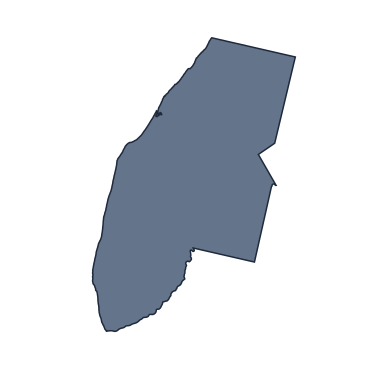 outline of Adolfo Alsina, Río Negro, Argentina, rotated 103°
{"feature_id": "61730980B95988601788876", "entity_name": "Adolfo Alsina", "entity_type": "district", "adm_level": 2, "iso_a3": "ARG", "parent_name": "Argentina", "parent_adm1": "Río Negro", "projection": "robinson", "projection_center": [-63.547, -40.776], "detail": "fine", "context": "isolated", "style": "filled", "palette": "slate", "viewbox_px": 384, "rotation_deg": 103, "n_neighbors": 0, "source": "geoboundaries", "source_scale": "gbopen_adm2", "svg_char_len": 6048}
<svg xmlns="http://www.w3.org/2000/svg" viewBox="0 0 384 384"><g transform="rotate(103 192 192)"><path d="M37.2,121.7L37.3,207.4L37.5,207.5L38.1,207.9L40.9,208.8L41.2,209.1L42.4,209.2L46.5,210.2L47.5,210.4L49.4,211.1L50.7,212.0L51.3,212.5L51.8,212.8L52.2,212.9L53.0,213.2L53.4,213.8L54.2,214.4L54.4,214.5L55.0,214.5L55.4,214.8L55.7,215.2L57.5,216.0L57.9,216.4L58.5,216.5L59.4,217.0L60.1,217.3L60.4,217.8L60.7,217.9L61.1,217.9L62.1,218.2L62.8,218.2L64.1,218.4L64.8,218.6L66.2,218.6L66.9,219.1L67.2,219.1L67.6,219.3L68.4,219.4L69.1,219.8L69.7,220.0L70.2,220.4L70.8,220.6L71.1,220.9L72.1,221.4L72.3,221.6L72.4,222.7L72.7,223.1L72.7,223.3L72.9,223.5L75.6,224.8L77.0,225.3L77.7,225.5L78.5,226.0L79.4,226.3L79.7,226.5L81.2,226.9L82.3,227.5L83.7,228.1L84.4,228.2L85.0,228.6L87.2,229.5L87.6,229.8L88.1,230.2L88.4,230.2L88.4,230.4L89.0,230.6L89.3,230.9L89.4,231.1L89.9,231.2L90.5,231.6L90.7,232.2L91.1,232.9L91.6,232.9L91.8,233.1L92.3,233.2L92.7,233.4L93.2,233.9L93.3,234.0L93.6,234.0L94.4,234.3L94.7,234.4L94.7,234.6L95.7,235.3L96.6,235.6L97.9,236.6L99.2,237.2L100.5,237.5L100.8,237.8L101.4,237.9L101.6,238.1L101.8,238.4L102.6,239.1L103.5,239.4L103.7,239.5L105.1,240.1L105.2,240.4L104.9,240.5L105.2,240.7L106.0,241.0L107.0,241.0L107.5,241.2L108.1,241.5L110.1,241.5L110.5,241.7L111.1,241.9L111.3,242.0L112.7,242.1L114.1,242.5L114.8,242.6L116.7,243.2L117.7,243.4L121.3,243.4L121.7,243.2L122.3,243.2L122.9,243.0L123.3,242.7L124.0,242.5L124.0,242.2L122.7,241.5L122.1,241.2L121.7,240.7L121.8,240.2L122.6,239.4L123.3,238.9L123.5,239.0L123.5,239.3L122.6,239.8L122.6,240.1L122.9,240.4L122.9,240.7L123.2,240.8L123.4,240.9L123.7,240.8L124.0,240.8L124.1,241.1L124.4,241.4L125.1,241.7L125.5,242.4L125.5,242.6L125.8,243.1L126.3,243.0L126.4,243.6L126.5,243.9L126.4,244.2L124.9,244.2L124.0,243.8L123.4,243.8L122.1,244.2L121.5,244.5L121.0,244.6L120.9,244.9L122.1,245.0L123.1,245.4L125.5,246.0L126.2,246.3L127.1,246.5L128.7,246.9L131.3,247.9L134.5,248.9L139.3,250.6L141.1,251.3L141.4,251.3L142.9,252.1L147.5,253.9L148.8,254.6L151.7,256.5L153.6,257.8L154.4,258.7L154.6,259.1L155.8,260.2L156.6,261.3L156.9,261.6L157.2,262.1L157.5,263.1L157.8,263.5L157.8,263.8L158.0,264.2L158.6,264.7L158.8,265.0L159.3,265.4L159.8,265.8L160.1,265.9L160.5,266.3L160.8,266.5L161.2,266.5L162.4,267.3L164.1,267.6L166.4,268.3L167.5,268.5L168.3,268.5L169.1,268.9L169.6,268.9L170.1,269.3L170.5,269.4L172.1,270.0L172.9,270.2L173.3,270.4L174.3,270.8L174.9,271.2L175.7,271.4L176.0,271.6L176.5,271.8L177.3,271.8L178.4,272.1L180.4,271.8L183.3,271.5L184.7,271.5L186.2,271.4L186.9,271.4L191.7,271.4L193.7,271.5L195.4,271.4L195.9,271.4L196.8,271.4L199.8,271.4L200.7,271.2L204.7,271.2L205.6,271.1L209.2,271.2L211.3,271.5L211.8,271.6L212.3,271.6L213.9,271.9L217.9,272.2L221.8,272.1L224.3,272.2L225.3,272.0L227.3,272.1L229.1,271.9L230.9,272.1L231.9,272.2L233.0,272.2L233.3,272.1L233.7,272.1L234.7,272.3L236.3,272.4L238.5,272.1L238.9,272.0L239.6,272.0L240.3,271.9L241.1,271.8L243.2,271.4L245.5,271.1L246.6,271.0L247.3,270.9L249.5,270.6L256.2,270.1L259.4,270.4L259.8,270.7L260.6,270.8L261.3,271.0L262.2,271.1L262.8,271.4L267.4,271.5L268.8,271.6L269.4,271.7L270.0,271.6L270.4,271.7L271.8,271.8L274.7,271.5L277.7,271.5L278.7,271.6L280.5,271.5L281.6,271.4L282.4,271.5L283.4,271.4L283.7,271.5L284.4,271.4L284.7,271.4L284.9,271.4L285.5,271.4L286.4,271.4L286.7,271.3L291.0,271.1L292.1,270.6L293.1,270.7L293.5,270.6L293.7,270.3L294.7,270.1L295.0,269.9L295.4,269.8L295.7,269.7L296.6,269.9L296.9,269.9L297.0,269.8L297.0,269.6L297.3,269.5L297.6,269.5L298.1,269.3L298.9,269.1L300.5,269.0L301.8,268.6L302.2,268.3L302.9,268.0L303.4,267.9L303.8,267.5L304.3,267.1L304.3,266.8L305.0,266.0L306.4,265.3L306.7,264.9L307.5,264.5L307.7,264.3L308.7,263.9L309.1,263.9L309.8,263.3L309.9,263.0L310.2,262.5L310.8,262.1L312.1,261.5L315.9,260.0L319.0,259.2L319.8,258.9L321.9,258.2L324.1,257.2L326.4,256.5L327.4,256.3L330.6,255.2L333.6,253.7L335.2,252.5L336.7,251.7L337.4,251.4L338.2,251.1L339.5,250.4L339.9,249.9L341.6,248.7L342.1,248.0L342.5,247.8L345.2,246.0L346.1,244.8L346.3,244.3L346.6,244.2L346.4,243.9L346.8,243.7L346.5,243.1L345.5,240.3L345.2,238.7L345.2,237.4L345.2,236.3L345.1,235.7L344.8,234.9L344.2,234.0L343.6,233.4L342.0,232.2L341.6,231.7L340.7,230.5L340.0,228.9L339.4,227.9L338.8,227.3L337.5,226.3L337.1,225.6L336.4,223.5L336.0,222.7L335.8,222.3L334.2,220.7L333.9,220.2L332.3,217.4L331.8,216.6L330.0,215.0L328.4,214.0L328.0,213.6L327.6,213.0L327.0,212.4L326.3,211.9L325.5,211.4L325.0,210.6L324.5,208.9L324.3,208.4L323.6,207.3L323.3,206.9L323.1,206.7L321.7,206.3L321.3,206.0L321.0,205.8L320.6,205.0L320.3,203.1L320.1,202.5L319.5,201.6L318.4,200.7L317.9,200.4L316.8,200.1L315.5,200.2L314.8,200.2L314.5,200.1L314.1,199.7L313.7,198.2L313.5,197.8L312.7,197.1L311.6,196.6L307.9,195.7L307.5,195.6L306.3,195.8L305.8,195.7L305.6,195.5L305.1,194.4L304.3,193.1L303.8,191.9L303.1,191.3L301.5,190.5L300.2,190.3L299.0,189.9L298.7,189.7L298.3,189.5L297.3,189.3L296.7,189.5L296.0,189.6L294.7,189.1L293.5,188.5L293.2,188.1L292.3,187.0L291.8,185.9L291.4,185.7L290.5,185.7L289.6,185.1L288.3,185.1L287.3,184.7L287.0,184.5L286.5,183.8L285.5,182.9L285.4,182.7L285.1,182.4L284.6,182.2L283.8,182.0L283.5,181.8L282.9,181.9L282.0,181.6L281.6,181.7L280.5,181.1L278.4,179.5L277.8,179.7L276.3,180.8L276.1,180.9L275.3,180.7L274.5,180.9L274.1,180.9L273.7,180.9L273.4,180.8L272.6,180.7L270.1,181.2L268.3,181.0L266.6,181.2L264.9,180.8L264.5,181.0L263.7,181.7L263.0,182.1L262.6,182.1L262.2,182.1L261.6,181.9L260.6,181.1L260.4,180.7L260.3,180.4L260.3,180.1L260.6,179.2L260.5,178.9L260.4,178.7L259.4,178.1L258.1,177.5L257.4,177.5L256.7,177.7L256.4,177.9L255.9,178.5L255.2,179.0L254.7,179.0L254.2,178.9L253.7,179.0L252.4,179.4L249.8,180.5L249.2,180.4L248.9,180.2L248.8,179.6L249.0,178.8L249.5,178.3L249.6,177.9L249.6,177.5L249.5,177.2L249.4,177.0L249.1,176.8L248.7,176.6L248.2,176.8L247.8,177.0L247.1,177.7L246.3,178.2L246.2,115.4L169.0,115.8L168.2,115.4L167.0,115.5L166.6,115.3L166.1,114.8L165.7,114.1L165.7,113.9L166.0,113.3L166.6,112.3L166.7,111.9L166.6,111.6L140.5,135.8L125.9,122.4L37.2,121.7Z" fill="#64748b" stroke="#1e293b" stroke-width="1.5"/></g></svg>